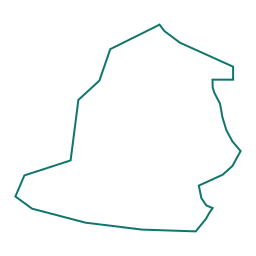 the border of Hartlepool
{"feature_id": "GBR-2030", "entity_name": "Hartlepool", "entity_type": "Unitary Authority", "adm_level": 1, "iso_a3": "GBR", "parent_name": "United Kingdom", "parent_adm1": "", "projection": "mercator", "projection_center": [-1.233, 54.666], "detail": "fine", "context": "isolated", "style": "outline", "palette": "teal", "viewbox_px": 256, "rotation_deg": 0, "n_neighbors": 0, "source": "natural_earth", "source_scale": "10m", "svg_char_len": 515}
<svg xmlns="http://www.w3.org/2000/svg" viewBox="0 0 256 256"><path d="M159.5,24.6L164.4,31.1L179.9,42.7L233.1,66.7L233.1,79.7L212.5,79.7L212.7,87.6L214.4,92.9L220.0,103.6L222.5,117.5L226.4,130.3L232.4,141.4L240.6,151.1L232.4,166.0L222.7,174.7L198.8,185.6L201.4,198.2L206.3,205.4L212.6,208.1L209.6,212.4L205.7,219.2L195.7,231.4L193.3,231.3L142.1,229.6L85.6,222.7L32.1,208.7L15.4,196.5L24.4,175.4L70.6,160.4L78.4,99.9L99.4,80.6L110.3,49.1L155.3,26.8L159.5,24.6Z" fill="none" stroke="#0f766e" stroke-width="2"/></svg>